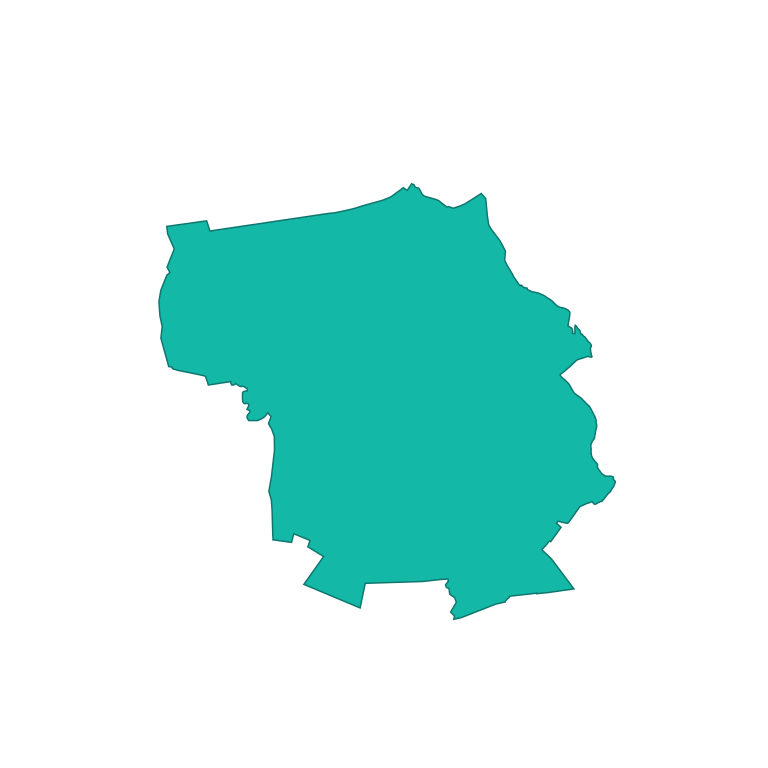 the district of Dobreni, Neamt, Romania, rotated 210°
{"feature_id": "2599482B23692151151374", "entity_name": "Dobreni", "entity_type": "district", "adm_level": 2, "iso_a3": "ROU", "parent_name": "Romania", "parent_adm1": "Neamt", "projection": "albers", "projection_center": [26.4, 46.994], "detail": "fine", "context": "isolated", "style": "filled", "palette": "teal", "viewbox_px": 768, "rotation_deg": 210, "n_neighbors": 0, "source": "geoboundaries", "source_scale": "gbopen_adm2", "svg_char_len": 6099}
<svg xmlns="http://www.w3.org/2000/svg" viewBox="0 0 768 768"><g transform="rotate(210 384 384)"><path d="M646.4,405.8L633.2,396.1L630.3,376.7L625.1,373.5L626.5,369.7L624.1,353.4L620.0,342.6L612.0,330.8L604.9,323.0L600.1,312.1L579.2,291.5L575.8,292.6L575.3,291.8L573.6,291.6L571.6,292.3L569.2,292.8L549.5,299.4L542.8,301.5L541.1,300.2L538.7,298.2L535.6,295.3L518.0,309.4L516.8,307.9L515.4,307.0L514.1,307.7L513.2,308.7L512.6,310.3L511.0,310.1L508.6,309.9L506.7,310.2L505.5,311.2L503.9,311.9L503.0,311.7L501.9,311.5L501.0,311.7L499.8,311.3L499.0,309.7L500.6,308.5L501.9,307.2L502.1,305.4L501.3,304.3L499.6,301.1L497.5,298.2L496.7,297.6L496.0,297.3L495.4,297.2L494.7,297.3L494.2,297.7L493.6,298.3L492.2,299.0L491.2,298.8L490.4,298.2L490.0,293.5L487.0,293.7L486.3,292.9L486.1,291.7L486.5,290.3L486.6,287.8L485.7,286.2L482.9,284.7L475.2,289.1L472.3,293.1L471.0,296.0L470.2,301.1L467.8,300.1L465.5,299.2L464.2,292.0L461.7,290.4L459.0,289.0L452.8,283.8L445.7,271.8L435.2,247.6L430.0,233.4L423.6,227.3L418.0,219.0L404.5,197.1L402.9,194.9L402.3,193.5L384.9,200.6L387.2,209.2L369.9,211.5L368.5,204.9L350.0,204.4L353.2,170.4L292.7,178.1L300.6,202.0L251.9,232.2L237.2,243.0L231.1,247.1L229.7,245.4L230.3,240.8L228.3,239.0L225.5,239.4L221.9,234.8L216.1,234.3L212.2,231.1L212.3,219.8L206.9,218.3L205.9,215.1L200.2,220.4L177.2,249.2L170.1,255.8L170.2,257.5L169.7,259.5L168.9,261.6L169.0,263.1L147.0,279.3L146.8,278.8L137.9,285.2L117.1,301.5L137.8,310.4L151.4,316.2L164.5,319.4L163.3,324.3L162.3,330.5L160.8,330.8L159.0,348.4L160.9,348.8L165.0,349.7L164.6,352.2L164.2,352.4L161.4,353.1L156.5,354.6L155.5,355.1L154.9,356.3L154.7,358.3L154.6,359.5L153.4,372.3L153.0,375.7L151.6,377.9L150.8,378.9L149.6,380.5L148.8,381.8L147.6,382.9L145.0,386.1L141.8,385.1L140.5,385.9L139.0,388.6L138.7,388.9L138.0,390.2L137.7,390.5L136.7,391.3L136.4,392.1L135.1,400.8L135.0,401.5L134.2,403.4L134.2,404.2L134.2,405.3L134.1,407.2L134.1,408.3L134.0,408.8L134.0,409.1L134.0,409.7L134.0,409.9L134.0,410.2L133.9,410.5L134.4,413.4L134.5,414.3L134.5,414.5L134.7,415.0L135.0,415.2L135.2,415.4L135.5,415.5L136.0,415.7L136.8,415.7L137.2,415.8L137.4,415.9L137.5,416.0L137.7,416.3L138.0,416.9L138.1,417.2L138.5,417.7L138.7,417.9L139.0,418.0L139.5,418.1L139.9,418.0L140.9,417.8L141.8,417.4L145.1,415.5L145.7,415.2L146.2,415.0L147.0,415.0L147.3,415.0L148.1,415.0L150.6,415.3L151.6,415.6L154.4,417.0L155.8,417.5L156.4,417.8L156.8,418.1L157.3,418.5L157.8,419.0L158.4,420.1L158.7,420.9L158.9,421.1L159.3,421.4L160.1,421.7L163.9,423.0L164.9,423.5L166.3,424.1L166.9,424.5L167.3,424.8L168.3,425.6L169.1,426.5L170.1,427.9L171.1,429.3L171.3,429.7L171.7,430.6L172.1,431.3L173.3,432.8L173.8,433.7L174.1,434.1L174.4,434.8L174.6,435.6L174.7,436.2L174.8,436.7L174.9,438.0L175.0,438.5L174.9,439.0L174.9,439.4L174.8,439.9L174.7,440.5L174.6,441.5L174.7,442.0L174.8,442.7L175.9,445.5L176.1,446.1L176.2,446.5L177.2,449.1L177.4,449.4L177.5,449.9L177.7,450.7L178.0,451.9L178.3,452.8L179.0,454.3L179.6,455.2L180.5,456.1L181.0,456.7L181.8,458.1L182.2,458.6L183.0,459.5L184.0,460.4L185.4,461.5L186.1,461.9L187.2,462.6L189.2,463.9L189.9,464.4L191.3,465.2L192.3,465.9L193.7,466.7L194.3,467.0L195.0,467.3L200.6,468.7L201.8,469.1L205.9,470.2L206.6,470.4L207.9,470.5L209.3,470.7L210.5,470.7L212.4,470.9L213.7,471.1L215.1,471.4L215.6,471.7L216.2,472.1L217.2,472.7L217.9,473.0L219.7,474.1L223.0,476.0L224.4,476.7L225.5,477.0L227.3,477.4L229.3,478.0L231.6,478.4L233.4,478.7L234.8,479.2L236.2,479.9L235.7,481.5L234.7,483.6L233.6,486.6L232.9,488.5L232.8,488.9L232.1,490.9L231.6,492.3L230.7,495.3L230.1,497.3L229.9,498.2L229.6,499.1L229.4,499.9L229.2,500.3L229.1,500.7L228.7,501.5L228.0,502.5L227.2,503.4L226.5,504.0L225.0,505.6L224.6,506.1L222.7,508.3L221.8,509.3L221.5,509.6L221.3,509.7L220.8,509.9L219.7,510.3L219.0,510.4L218.2,510.7L218.0,510.9L217.8,511.0L217.6,511.2L217.5,511.4L217.5,511.6L218.5,512.5L220.1,514.2L221.3,515.6L222.0,516.4L222.3,516.9L222.5,517.2L223.1,518.4L223.2,518.8L223.3,519.0L223.3,519.9L223.3,520.3L223.5,520.7L223.6,521.0L224.1,521.4L224.5,521.7L225.4,522.1L226.1,522.4L226.7,522.6L227.7,522.7L228.7,523.0L229.3,523.3L230.0,523.7L230.8,524.0L232.2,524.6L233.5,525.1L233.8,525.2L234.5,525.1L235.1,525.3L235.4,525.4L236.1,525.4L236.3,525.5L236.5,525.6L236.7,525.9L236.9,526.2L237.1,526.2L237.3,526.1L237.5,526.0L237.7,525.9L238.2,525.8L238.5,525.9L238.7,526.0L239.0,526.2L239.3,526.5L240.6,527.8L240.8,528.0L241.3,528.4L241.7,528.5L242.6,528.8L243.7,528.9L244.7,529.3L245.5,529.8L246.0,530.0L246.8,530.3L247.7,530.5L247.6,530.0L247.5,529.5L247.2,528.9L247.1,528.5L246.2,527.1L245.8,526.5L244.5,524.2L243.9,523.1L245.1,522.5L245.9,522.2L246.5,522.3L246.7,523.7L248.2,525.5L248.8,525.9L249.4,526.2L250.8,526.2L253.5,526.2L254.1,527.3L254.6,528.6L255.7,531.4L256.0,532.1L256.4,533.7L257.0,535.1L257.5,536.3L257.8,536.9L258.8,539.0L259.3,539.2L260.6,539.8L261.4,539.9L262.1,540.0L263.4,540.0L264.8,540.0L266.3,539.6L268.3,539.0L270.7,538.2L271.1,538.1L272.1,538.2L274.5,538.5L276.2,538.9L278.3,539.5L280.0,540.0L280.6,540.1L283.8,540.3L286.1,540.3L287.7,540.5L289.1,540.6L291.4,540.5L292.2,540.4L293.6,540.2L295.5,540.0L299.0,539.0L300.0,538.6L301.6,538.1L303.2,537.8L304.5,537.6L305.6,537.5L306.2,537.5L306.5,537.5L307.1,537.8L307.8,538.4L307.9,538.5L308.1,538.5L308.3,538.5L310.3,537.8L310.9,537.6L311.3,537.5L312.1,537.6L313.9,538.1L314.8,538.2L315.1,537.9L315.1,537.7L315.1,537.4L315.1,537.2L315.3,537.1L315.7,537.2L316.6,537.5L318.3,538.4L319.0,538.7L326.3,542.2L326.9,542.5L327.1,543.0L336.6,548.3L341.4,551.5L345.1,559.6L351.3,563.7L355.4,566.1L368.6,571.7L372.8,574.1L378.3,580.9L381.2,585.0L388.6,595.4L395.0,597.6L404.3,579.8L405.4,578.8L406.6,576.8L412.0,570.8L416.8,570.0L417.9,568.7L425.1,569.6L428.5,570.2L432.4,569.5L443.2,566.8L445.8,567.4L451.7,571.0L455.1,570.1L456.4,570.6L457.4,571.5L460.2,571.2L460.7,563.3L465.5,563.6L466.6,561.0L467.2,559.4L468.9,555.7L471.3,550.1L473.2,547.3L477.3,542.2L492.5,526.7L495.8,523.0L497.5,521.2L499.4,519.3L501.0,517.8L509.0,510.5L512.6,507.4L516.5,504.6L519.6,502.2L532.8,491.7L553.5,475.3L611.2,429.5L619.2,436.6L650.9,411.9L646.4,405.8Z" fill="#14b8a6" stroke="#0f766e" stroke-width="1.5"/></g></svg>